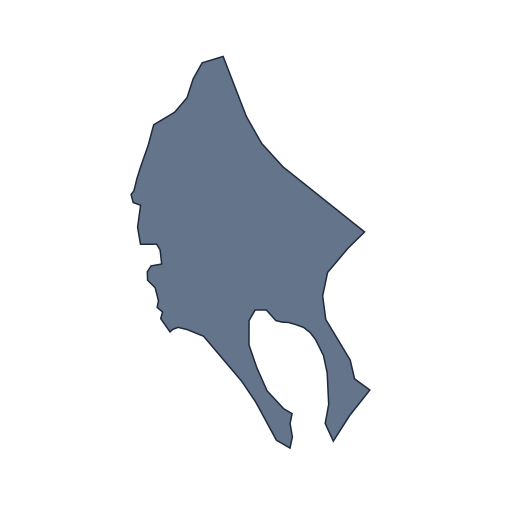 outline of Rizal, rotated 341°
{"feature_id": "PHL-2567", "entity_name": "Rizal", "entity_type": "Province", "adm_level": 1, "iso_a3": "PHL", "parent_name": "Philippines", "parent_adm1": "", "projection": "albers", "projection_center": [121.246, 14.591], "detail": "fine", "context": "isolated", "style": "filled", "palette": "slate", "viewbox_px": 512, "rotation_deg": 341, "n_neighbors": 0, "source": "natural_earth", "source_scale": "10m", "svg_char_len": 1004}
<svg xmlns="http://www.w3.org/2000/svg" viewBox="0 0 512 512"><g transform="rotate(341 256 256)"><path d="M289.9,56.6L292.3,120.9L298.0,151.4L310.6,180.6L366.5,268.6L345.5,278.6L318.3,294.9L306.0,315.5L301.3,338.8L311.2,385.1L309.2,404.2L320.0,419.8L293.1,437.0L268.8,456.2L266.9,436.9L276.4,420.0L285.2,389.8L287.4,372.2L285.1,354.4L282.4,346.3L277.8,339.1L271.6,334.0L265.0,329.4L259.1,327.0L253.7,323.5L248.2,310.4L237.6,306.8L228.4,314.8L220.4,337.9L220.4,361.8L222.6,387.2L232.5,409.5L238.8,416.8L233.7,425.5L231.5,438.9L225.6,448.7L215.3,436.8L208.2,394.1L201.7,369.8L180.3,314.8L166.9,303.1L159.1,298.1L153.3,298.3L150.0,299.8L145.5,284.2L149.4,278.5L145.8,272.4L149.2,266.6L150.3,253.1L145.6,243.6L148.1,235.5L153.6,231.2L164.2,232.9L167.3,219.1L165.9,212.5L150.6,207.3L153.4,190.3L163.4,170.4L157.3,165.5L157.9,157.2L161.8,154.6L168.7,143.9L176.8,133.0L189.9,116.5L202.0,98.6L225.8,93.6L242.4,83.8L254.3,68.0L268.0,55.8L289.9,56.6Z" fill="#64748b" stroke="#1e293b" stroke-width="1.5"/></g></svg>